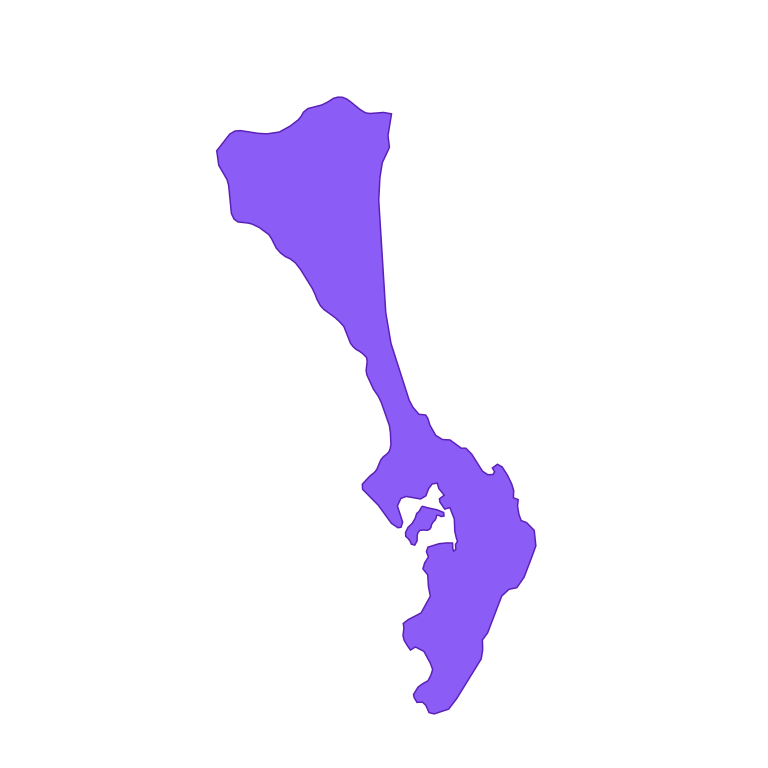 outline of Ishikawa, rotated 140°
{"feature_id": "JPN-1842", "entity_name": "Ishikawa", "entity_type": "Prefecture", "adm_level": 1, "iso_a3": "JPN", "parent_name": "Japan", "parent_adm1": "", "projection": "albers", "projection_center": [136.851, 36.797], "detail": "fine", "context": "isolated", "style": "filled", "palette": "violet", "viewbox_px": 768, "rotation_deg": 140, "n_neighbors": 0, "source": "natural_earth", "source_scale": "10m", "svg_char_len": 2833}
<svg xmlns="http://www.w3.org/2000/svg" viewBox="0 0 768 768"><g transform="rotate(140 384 384)"><path d="M204.6,586.1L221.3,571.7L227.7,561.8L243.1,554.6L254.5,544.7L269.8,528.3L336.8,437.5L352.6,410.5L375.2,355.2L376.8,347.7L376.7,338.3L374.4,336.0L372.0,333.4L372.5,329.6L375.3,322.9L377.4,311.5L375.0,304.0L369.4,298.7L366.1,285.2L362.6,282.2L361.9,273.8L364.6,253.9L362.8,247.8L358.9,244.7L355.7,245.6L355.0,250.0L348.7,249.6L346.8,244.6L348.1,234.5L350.5,225.2L353.2,218.9L358.0,213.7L355.5,209.2L360.2,204.6L364.5,197.3L366.7,191.2L363.9,186.3L363.0,175.3L371.7,162.4L382.6,156.1L401.0,145.9L413.2,142.6L420.3,146.4L430.1,145.9L464.7,126.7L473.1,124.7L479.3,116.9L486.3,110.9L530.8,96.2L543.4,93.4L557.6,99.0L560.7,103.3L558.5,111.0L559.0,115.6L563.4,118.9L562.5,124.3L561.0,127.2L552.8,129.9L547.3,129.6L540.9,128.4L534.9,131.0L530.3,134.0L528.0,140.1L525.3,153.5L529.0,162.4L534.8,163.2L534.2,169.3L533.3,174.7L531.2,179.0L525.5,184.4L523.2,188.2L516.6,187.9L502.8,184.8L484.9,191.7L480.0,200.5L473.2,209.7L473.0,217.4L467.9,220.8L461.1,223.0L459.3,228.3L455.2,230.8L444.5,226.3L438.2,222.0L433.7,218.1L437.0,213.8L438.1,211.1L435.3,211.2L432.4,215.1L428.8,216.3L427.6,219.5L424.5,225.6L416.9,235.4L413.0,247.0L417.9,249.1L417.1,257.5L415.4,260.4L409.4,260.1L409.2,268.8L406.9,273.7L411.3,276.5L417.2,275.1L423.8,271.4L429.9,272.4L439.2,283.5L444.6,285.5L452.1,282.0L458.5,266.2L463.0,263.3L465.7,264.9L467.9,272.4L466.3,294.9L468.1,317.1L465.0,321.2L464.4,321.3L453.6,322.6L448.2,322.4L444.4,323.2L435.3,327.9L431.4,328.7L427.8,328.5L424.0,328.8L420.8,330.5L417.4,333.4L410.3,342.7L406.6,348.7L398.0,371.5L396.3,378.0L395.4,386.9L391.3,401.9L389.0,405.9L382.6,411.9L380.4,415.3L380.7,420.4L381.7,424.6L383.2,428.7L383.7,432.6L383.5,436.7L377.8,453.8L378.1,461.0L378.9,466.8L382.1,479.5L382.4,484.7L380.9,492.1L379.2,496.8L377.5,503.2L374.3,525.5L374.0,534.0L375.5,540.4L377.7,545.0L379.0,550.7L379.2,557.4L376.8,567.4L376.2,572.5L379.0,584.2L382.5,591.7L384.9,594.9L391.7,602.0L392.9,606.7L391.3,612.7L375.5,635.8L372.9,641.3L370.0,657.8L362.2,670.2L341.5,674.6L335.4,673.5L330.9,670.2L319.3,656.9L312.8,650.8L302.2,644.3L290.0,641.9L279.7,641.5L275.3,642.3L271.1,644.0L265.1,643.9L252.7,637.9L246.5,636.3L239.1,635.3L235.1,633.5L231.6,630.5L229.4,626.4L228.2,621.6L226.0,610.2L224.7,605.9L223.6,603.3L221.6,601.0L220.3,599.8L209.9,592.4L209.2,591.6L204.6,586.1ZM466.0,243.7L465.1,246.6L464.8,249.9L465.3,253.3L463.0,256.4L457.8,258.7L452.0,259.1L446.4,261.1L442.2,263.8L439.2,263.8L434.2,265.6L433.1,265.5L430.2,261.2L424.2,253.5L420.9,247.2L422.9,244.3L425.4,245.7L426.7,248.6L428.2,249.5L430.1,247.9L432.3,246.9L435.1,246.7L438.0,245.7L440.3,243.9L442.5,243.4L444.9,244.1L447.3,246.5L450.5,248.8L453.5,248.3L455.9,246.7L459.4,242.6L464.0,240.8L466.0,243.7Z" fill="#8b5cf6" stroke="#5b21b6" stroke-width="1.5"/></g></svg>